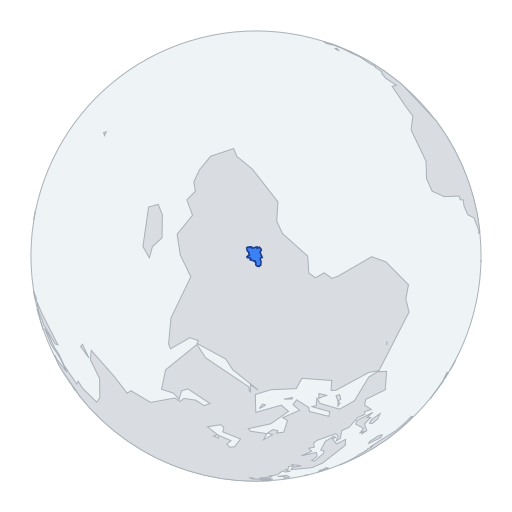 globe centered on Kasaï-Occidental, rotated 163°
{"feature_id": "COD-1872", "entity_name": "Kasaï-Occidental", "entity_type": "Province", "adm_level": 1, "iso_a3": "COD", "parent_name": "Democratic Republic of the Congo", "parent_adm1": "", "projection": "orthographic", "projection_center": [21.465, -5.12], "detail": "fine", "context": "on_globe", "style": "filled", "palette": "blue", "viewbox_px": 512, "rotation_deg": 163, "n_neighbors": 0, "source": "natural_earth", "source_scale": "10m", "svg_char_len": 8435}
<svg xmlns="http://www.w3.org/2000/svg" viewBox="0 0 512 512"><g transform="rotate(163 256 256)"><circle cx="256" cy="256" r="225" fill="#eef3f6" stroke="#a8b0b8"/><path d="M130.9,68.6L124.6,73.5L121.2,76.1L113.5,81.6L112.9,82.0L130.9,68.6ZM99.5,93.9L99.5,94.0L100.4,93.2L103.9,90.0L101.1,92.7L95.6,97.8L99.5,93.9ZM34.6,214.5L36.1,212.0L35.4,215.1L36.4,228.7L41.4,233.6L42.5,242.8L41.5,249.0L44.2,250.1L44.3,254.0L58.4,257.6L68.6,266.4L70.3,280.2L65.7,296.9L70.8,331.2L65.1,343.9L69.9,357.7L76.2,378.5L71.9,378.2L79.6,387.5L82.5,393.8L81.5,395.0L86.9,401.8L86.4,402.5L90.7,406.5L98.3,415.9L105.8,422.5L113.4,429.8L118.4,433.6L118.2,433.7L120.2,435.4L123.2,437.7L119.0,434.8L117.3,433.5L104.8,423.0L93.0,411.5L90.0,408.3L90.9,409.3L79.3,395.7L68.7,381.1L66.1,377.2L44.1,332.4L43.7,331.2L38.6,315.1L34.8,298.6L32.2,281.9L30.9,265.0L30.9,248.1L32.1,231.2L34.6,214.5ZM128.8,441.1L120.7,436.1L124.0,438.2L119.3,434.4L126.1,438.4L128.8,441.1ZM118.0,430.9L116.7,428.4L118.4,429.4L119.7,431.3L118.0,430.9ZM466.2,174.8L465.0,172.0L467.0,178.3L475.0,203.2L476.5,209.8L477.4,220.3L476.5,215.1L470.8,200.1L473.3,215.8L477.8,231.4L479.4,248.4L477.5,241.7L475.4,226.8L473.4,221.0L471.4,207.2L464.8,185.9L462.7,188.3L460.5,180.2L451.1,162.8L446.8,166.0L441.4,184.5L444.7,205.3L441.1,213.8L426.8,182.3L419.4,162.5L414.9,163.7L399.6,146.8L375.1,143.9L371.1,139.0L366.6,140.9L355.7,135.7L349.4,128.1L343.1,128.3L359.9,148.8L366.6,148.8L371.4,141.5L374.9,148.9L385.3,156.2L375.7,173.6L338.4,188.7L333.9,173.3L301.3,133.2L301.8,129.0L301.6,128.5L301.2,127.6L299.0,134.5L293.1,127.2L311.5,154.0L314.9,166.1L337.9,189.6L335.9,192.0L343.1,197.2L365.0,192.2L365.3,197.4L355.5,221.5L324.4,255.2L328.1,279.2L325.1,299.9L304.8,313.5L305.7,329.9L295.1,335.6L293.8,345.0L284.8,355.0L270.1,364.7L246.0,365.3L245.2,356.7L234.2,340.4L219.2,301.4L226.0,283.3L224.1,269.7L206.6,240.7L210.5,224.3L205.6,217.8L195.7,220.0L190.0,212.4L183.9,212.6L145.6,221.5L133.6,212.5L118.6,183.9L125.3,171.1L126.0,157.7L171.9,110.4L182.2,111.7L218.9,104.2L223.6,105.5L219.9,114.8L247.9,125.6L256.3,117.4L281.1,123.8L297.2,123.7L301.9,106.5L275.4,106.0L270.3,97.9L290.9,91.2L313.9,93.1L312.6,90.1L297.6,83.0L302.4,78.2L292.3,80.3L296.8,83.3L290.6,85.1L286.2,82.6L288.0,80.7L281.0,79.4L273.9,89.5L277.7,93.6L259.5,95.7L264.0,103.0L259.2,106.6L249.8,95.7L250.4,91.7L233.2,81.4L231.0,85.6L247.0,95.9L242.3,95.2L239.4,102.1L237.8,96.3L220.9,85.1L204.2,88.8L183.6,107.2L173.7,109.8L164.9,107.5L171.5,90.3L193.1,86.7L195.7,81.7L190.7,75.5L197.6,75.4L198.2,72.8L206.3,71.7L217.0,65.0L225.1,63.9L228.6,56.9L233.3,55.7L229.9,60.0L231.8,62.8L251.9,61.8L255.6,60.3L256.2,56.1L261.7,56.8L259.8,53.0L271.0,51.7L255.7,50.5L256.1,46.7L262.5,44.0L259.9,42.8L249.5,47.3L247.8,49.5L250.8,51.5L243.8,58.6L237.0,60.1L234.0,52.7L224.0,54.4L226.0,48.9L252.9,38.5L264.5,37.2L285.0,41.5L282.7,43.2L274.1,42.2L282.6,46.0L281.6,44.3L286.2,45.2L287.7,42.8L290.9,43.4L286.8,40.3L291.0,40.8L293.5,42.7L299.4,40.6L307.9,41.7L307.6,41.0L304.9,40.0L317.5,42.7L316.8,42.1L312.4,40.9L308.0,39.2L305.2,37.5L309.7,38.5L311.3,39.2L321.5,42.8L325.1,45.3L326.7,45.6L324.6,43.8L312.2,39.3L309.2,38.1L315.5,39.9L313.0,39.1L313.0,38.9L317.1,39.8L310.4,37.8L307.2,36.6L323.4,41.1L339.3,46.7L354.7,53.5L369.6,61.5L383.8,70.5L397.4,80.6L410.1,91.6L421.9,103.6L432.9,116.5L442.8,130.1L451.7,144.4L459.5,159.3L466.2,174.8ZM156.9,132.5L155.8,136.4L156.9,132.5ZM339.1,105.0L352.3,106.8L344.9,96.2L349.3,96.2L345.2,92.9L344.3,95.5L333.9,86.7L339.0,84.6L336.7,80.6L332.1,79.9L324.3,85.5L339.2,97.6L336.8,101.4L339.1,105.0ZM36.3,211.8L36.2,214.0L35.7,214.4L36.3,211.8ZM42.4,184.4L42.3,184.8L41.8,186.1L42.4,184.4ZM101.7,91.9L101.8,91.8L100.2,93.3L100.4,93.1L101.7,91.9ZM111.7,84.5L107.0,89.1L109.2,86.6L106.1,89.1L106.9,87.4L119.6,77.3L113.7,81.9L111.7,84.5ZM110.1,84.3L109.5,84.8L110.0,84.5L110.1,84.3ZM193.5,61.9L196.4,62.8L193.6,65.7L183.4,69.0L187.3,64.6L193.5,61.9ZM201.3,63.7L201.1,56.6L207.4,54.9L203.9,56.9L208.1,56.5L203.6,59.8L209.8,66.0L207.8,69.1L189.9,72.3L196.9,69.2L193.6,68.1L201.3,63.7ZM189.3,47.3L189.3,45.9L203.1,43.8L201.5,45.5L191.2,48.3L187.0,48.1L189.3,47.3ZM232.4,32.0L237.1,31.7L230.5,32.3L231.6,32.3L227.1,33.0L223.4,33.9L220.4,34.3L220.3,34.6L217.3,35.3L216.1,35.9L210.2,37.0L208.3,37.9L206.6,38.0L204.9,39.4L203.5,38.9L199.5,40.3L203.0,40.0L173.9,47.9L162.9,52.6L154.3,57.2L153.1,56.6L160.3,52.4L171.5,47.2L182.3,43.2L179.9,44.0L184.3,42.4L185.5,42.0L200.9,37.6L216.6,34.2L232.4,32.0ZM236.6,31.6L236.8,31.5L234.8,31.7L236.6,31.6ZM228.6,101.8L232.2,102.1L237.7,101.4L236.0,106.1L228.6,101.8ZM216.8,94.2L220.0,93.4L220.3,99.0L216.6,99.1L216.8,94.2ZM221.5,88.6L220.2,92.9L218.7,90.6L221.5,88.6ZM232.8,59.3L236.1,58.7L236.6,59.6L234.8,61.2L232.8,59.3ZM252.1,33.0L249.4,32.7L250.3,32.5L248.3,31.7L253.0,31.5L256.1,31.9L252.1,33.0ZM297.5,109.2L293.0,112.5L290.5,110.8L292.6,110.0L297.5,109.2ZM263.1,108.7L271.1,110.9L262.6,110.0L263.1,108.7ZM256.9,32.6L255.5,32.2L258.7,32.4L256.9,32.6ZM256.3,31.4L260.0,31.5L253.3,31.4L256.3,31.4ZM365.7,415.4L365.6,418.6L362.9,418.5L365.7,415.4ZM361.4,298.0L344.4,334.2L334.4,334.0L333.5,323.0L340.5,300.9L352.4,295.1L358.5,285.4L361.4,298.0ZM479.0,287.9L478.9,285.2L478.4,280.6L479.1,277.2L479.8,281.0L479.6,283.5L479.0,287.9ZM479.0,276.9L477.5,263.5L471.4,229.0L473.7,230.6L479.3,252.9L479.1,256.0L480.0,266.1L479.0,276.9ZM480.9,269.4L480.9,267.1L481.1,253.5L481.0,247.5L481.2,248.7L481.1,248.3L480.9,269.4ZM445.6,207.4L450.2,220.7L447.8,222.3L445.6,207.4ZM469.4,183.8L468.3,180.6L468.0,179.8L469.4,183.8ZM295.0,34.8L292.7,35.6L294.1,37.1L299.8,38.8L290.8,37.2L288.6,34.9L295.0,34.8ZM274.2,31.8L273.2,31.9L270.6,31.6L274.2,31.8ZM453.8,363.8L458.2,355.4L457.8,356.0L453.8,363.8Z" fill="#d9dde1" stroke="#a8b0b8" stroke-width="1"/><path d="M252.3,264.5L252.3,264.1L252.7,263.1L251.6,263.1L251.4,263.2L251.4,263.3L250.1,263.4L250.1,263.0L250.1,262.9L250.0,262.7L249.5,262.2L249.3,261.8L249.2,261.6L249.1,260.2L249.2,259.9L249.3,259.9L249.5,259.8L249.5,259.7L249.8,259.6L250.0,259.4L250.3,259.3L250.3,259.2L250.5,258.9L250.7,258.7L250.8,258.6L250.9,258.4L251.0,258.2L251.0,257.9L250.9,257.9L250.9,257.7L250.8,257.0L250.9,256.9L251.0,256.7L251.0,256.1L251.0,255.9L250.9,255.9L250.9,255.7L250.7,255.3L250.6,255.0L250.6,254.9L250.6,254.7L250.5,254.3L250.5,254.2L250.5,253.9L250.6,253.7L250.6,253.4L250.6,253.2L250.4,253.0L250.4,252.8L250.4,252.7L250.5,252.7L250.8,252.7L250.9,252.8L251.0,252.9L251.2,253.0L251.3,253.1L251.5,253.1L251.7,252.9L251.7,252.7L251.8,252.7L252.0,252.7L252.3,252.6L252.5,252.5L252.6,252.4L252.8,252.2L252.9,251.3L252.8,251.1L252.9,250.6L252.8,249.7L252.8,249.0L252.9,248.8L253.6,247.0L253.7,246.8L253.9,246.6L254.0,246.4L254.0,246.2L254.1,245.9L254.2,245.7L254.9,245.7L255.2,245.7L255.3,245.7L255.8,245.6L256.0,245.5L256.0,245.1L256.3,245.2L256.4,245.3L256.5,245.3L256.8,245.5L257.0,245.6L257.4,245.8L257.7,245.7L257.9,245.8L258.0,246.0L258.0,246.3L258.1,246.5L258.7,247.2L258.8,247.4L258.8,247.5L258.5,248.6L258.4,249.0L258.3,249.3L258.2,249.3L258.1,249.5L258.0,249.9L258.0,250.1L258.2,250.3L258.5,250.3L258.7,250.5L258.9,251.0L258.7,251.2L258.4,251.2L258.3,251.3L258.2,251.4L258.2,251.5L258.4,251.5L258.5,251.5L258.8,251.7L259.2,251.6L259.3,251.6L259.6,251.9L259.7,252.0L259.8,252.1L260.0,252.4L260.3,252.5L260.6,252.6L260.7,252.8L261.1,253.1L261.4,253.5L261.5,253.5L261.8,253.6L262.1,253.6L262.4,253.7L262.5,253.7L262.6,253.8L262.7,254.3L262.7,254.5L262.0,254.8L261.9,254.9L261.9,255.0L261.8,255.4L261.9,255.5L262.2,255.8L262.6,256.1L262.9,256.5L263.0,256.5L263.6,256.4L263.7,256.5L263.8,256.6L264.2,256.7L264.5,256.9L264.7,257.0L264.8,257.0L264.9,257.9L264.9,258.0L264.7,258.0L264.4,258.1L264.1,258.2L264.0,258.3L263.9,258.3L263.8,258.5L263.7,258.5L263.5,258.4L263.2,258.4L263.1,258.5L262.6,258.5L262.2,258.5L261.9,258.6L261.8,258.9L261.8,259.4L261.9,259.6L262.0,259.8L262.1,260.0L262.3,260.1L262.3,260.3L262.2,260.6L262.1,261.0L261.7,261.7L261.7,261.8L261.7,262.0L261.8,262.1L262.0,262.2L262.1,262.3L262.3,262.6L262.5,262.8L262.8,263.0L262.9,263.3L262.8,263.7L262.8,263.8L262.8,264.0L262.8,264.4L262.8,264.5L262.8,264.8L262.7,265.4L262.6,266.5L262.3,266.7L261.8,266.9L261.6,266.9L261.4,266.9L261.2,266.9L260.9,266.9L260.7,266.8L260.7,266.7L260.6,266.4L260.5,266.2L260.4,266.2L260.4,266.3L260.2,266.4L260.1,266.5L259.0,266.6L258.8,266.5L258.4,266.4L258.2,266.3L258.0,266.2L257.4,265.9L257.5,265.7L257.5,265.4L257.5,265.2L257.4,264.9L257.5,264.9L257.4,264.8L257.3,264.6L257.2,264.5L252.3,264.5Z" fill="#3b82f6" stroke="#1e3a8a" stroke-width="1.5"/></g></svg>